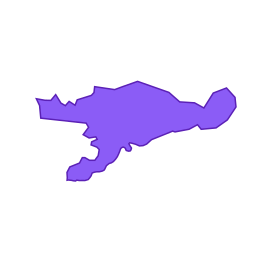 the district of Sirdarya, Sirdaryo, Uzbekistan, rotated 108°
{"feature_id": "79887680B82422734608067", "entity_name": "Sirdarya", "entity_type": "district", "adm_level": 2, "iso_a3": "UZB", "parent_name": "Uzbekistan", "parent_adm1": "Sirdaryo", "projection": "equal_earth", "projection_center": [68.708, 40.817], "detail": "fine", "context": "isolated", "style": "filled", "palette": "violet", "viewbox_px": 256, "rotation_deg": 108, "n_neighbors": 0, "source": "geoboundaries", "source_scale": "gbopen_adm2", "svg_char_len": 1380}
<svg xmlns="http://www.w3.org/2000/svg" viewBox="0 0 256 256"><g transform="rotate(108 128 128)"><path d="M145.6,214.0L136.3,169.3L139.5,165.7L148.2,168.6L149.5,161.9L146.4,155.9L148.3,153.8L152.4,158.3L155.5,157.9L155.8,151.7L157.4,148.7L163.6,147.8L169.0,149.6L170.6,154.6L169.5,159.8L170.3,162.3L176.3,163.3L183.0,171.3L189.1,172.3L194.0,170.4L196.5,169.8L195.9,168.7L195.2,165.3L195.1,163.8L194.6,161.5L193.4,160.6L193.0,158.0L191.9,154.8L191.3,152.8L189.3,149.9L186.9,148.9L184.8,148.3L181.9,148.2L180.4,146.3L179.3,144.2L178.5,141.8L177.1,139.4L175.6,137.8L174.4,137.4L170.5,136.9L167.6,135.0L166.3,133.1L164.4,131.5L161.5,130.2L158.6,129.3L155.5,128.9L152.7,128.7L149.7,128.6L148.3,127.6L147.7,126.8L147.6,126.0L147.8,125.0L148.3,124.1L149.5,123.2L149.9,122.7L149.9,121.4L149.8,120.1L149.0,118.7L147.8,118.4L146.0,118.5L145.0,119.7L144.0,121.0L142.7,122.3L141.6,121.9L141.3,119.9L141.1,115.7L141.5,111.6L140.1,108.2L137.5,105.3L131.8,102.0L117.2,84.6L117.2,82.1L110.3,69.5L103.4,62.9L106.6,58.0L100.7,44.3L89.6,36.0L74.6,31.8L65.8,35.7L59.5,46.7L68.4,57.7L85.5,62.0L83.5,72.5L87.2,86.9L81.5,100.1L80.7,133.3L90.9,146.6L95.6,152.5L99.0,172.5L104.8,171.3L108.3,172.9L116.9,185.0L122.7,185.4L120.9,192.2L126.1,194.5L125.0,199.6L124.1,200.6L118.6,207.1L125.6,209.9L127.3,215.6L128.5,224.2L134.0,219.0L145.6,214.0Z" fill="#8b5cf6" stroke="#5b21b6" stroke-width="1.5"/></g></svg>